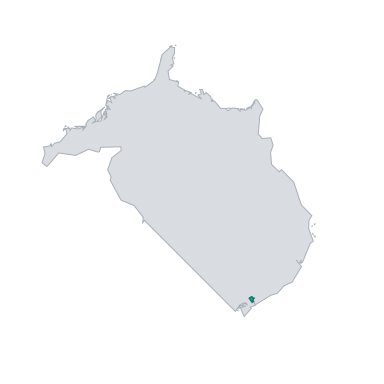 location of Cowlitz, Washington, United States of America, rotated 235°
{"feature_id": "52423323B43213790326288", "entity_name": "Cowlitz", "entity_type": "district", "adm_level": 2, "iso_a3": "USA", "parent_name": "United States of America", "parent_adm1": "Washington", "projection": "orthographic", "projection_center": [-122.727, 46.119], "detail": "fine", "context": "in_parent", "style": "filled", "palette": "teal", "viewbox_px": 384, "rotation_deg": 235, "n_neighbors": 0, "source": "geoboundaries", "source_scale": "gbopen_adm2", "svg_char_len": 4289}
<svg xmlns="http://www.w3.org/2000/svg" viewBox="0 0 384 384"><g transform="rotate(235 192 192)"><path d="M288.7,117.7L300.4,105.2L296.1,87.9L301.9,85.9L307.8,93.6L314.0,96.2L311.0,102.5L311.7,104.2L309.8,103.1L310.8,107.3L308.7,112.8L311.4,123.1L315.7,124.6L316.8,122.8L315.5,121.7L316.4,122.0L317.5,123.5L314.2,128.4L312.3,127.3L313.4,130.2L308.9,135.0L307.0,141.4L306.3,139.2L305.3,138.3L306.8,143.6L308.3,143.5L310.1,147.6L310.1,154.5L305.7,153.7L305.7,149.3L304.9,153.0L307.5,155.8L309.7,156.8L311.1,158.8L311.8,169.4L310.3,163.6L305.1,160.9L304.3,154.6L302.4,158.2L307.2,164.8L303.4,164.5L302.6,165.5L302.2,162.5L301.8,161.9L301.9,164.3L302.6,165.9L308.1,165.8L307.9,167.8L304.8,166.5L303.9,166.6L307.7,168.0L309.0,167.9L309.3,170.2L307.4,169.7L310.7,171.0L310.4,171.8L308.8,171.0L305.9,172.2L310.4,172.6L312.3,171.0L317.6,176.4L313.3,172.5L315.5,175.4L311.5,177.5L315.8,178.9L316.6,176.9L316.5,181.2L312.4,182.8L315.3,182.8L314.1,185.8L316.9,185.2L313.2,188.9L313.3,195.5L310.0,199.6L306.1,213.9L304.7,213.5L305.0,223.9L305.5,226.1L309.2,231.7L321.8,246.7L323.1,257.9L320.2,260.5L315.5,257.1L313.5,253.0L307.4,250.6L308.1,247.4L306.0,248.8L304.6,241.6L297.1,238.0L289.6,244.2L286.9,241.0L278.7,245.0L279.2,242.9L278.3,245.2L274.8,247.8L273.8,244.8L273.8,247.2L262.5,253.3L267.9,252.5L267.0,256.1L271.6,257.1L270.1,259.4L264.9,257.8L265.4,260.7L259.3,262.1L255.0,259.9L253.5,262.6L244.1,263.4L240.0,269.3L241.0,267.8L238.0,267.8L237.8,273.2L233.1,278.4L234.1,277.0L230.4,277.8L232.1,279.0L228.3,282.6L227.8,288.6L225.7,288.4L227.7,289.3L229.0,294.2L231.4,296.6L230.3,298.1L219.2,297.7L215.4,291.1L201.4,279.5L195.6,280.2L191.2,287.6L183.7,285.3L179.4,279.1L169.0,273.0L158.5,275.0L158.9,278.1L141.8,281.0L118.5,274.1L104.0,276.6L101.6,271.4L95.1,266.6L82.2,263.1L82.0,259.2L71.0,242.1L71.3,240.2L73.5,242.5L72.1,238.7L76.6,238.3L68.1,238.9L60.8,222.4L62.4,213.7L60.0,203.8L62.2,197.5L63.3,179.1L67.2,179.7L62.9,178.7L64.1,173.7L62.7,173.8L60.1,163.4L69.4,165.2L67.7,170.7L70.6,166.8L70.4,171.4L68.2,172.5L69.8,172.7L71.5,170.8L72.0,166.2L69.4,159.0L196.2,136.7L195.3,134.1L199.2,137.5L214.0,136.8L226.1,129.2L248.4,131.7L250.6,134.3L258.6,135.7L266.1,146.1L266.6,157.8L269.9,159.6L280.9,143.0L278.1,139.2L278.9,137.6L286.3,131.9L288.7,117.7ZM311.4,135.5L313.3,133.2L307.2,142.2L311.6,133.8L311.4,135.5ZM70.2,163.4L71.4,166.3L71.4,166.8L69.6,164.6L70.2,163.4ZM231.1,295.8L228.8,291.9L228.3,289.4L229.1,291.9L231.1,295.8ZM311.6,102.3L312.4,103.6L312.0,103.6L311.6,102.3ZM255.4,261.2L256.0,262.1L254.8,261.7L255.4,261.2ZM87.3,267.3L88.7,266.7L88.8,266.8L87.3,267.3ZM85.7,267.0L85.1,267.7L84.6,267.1L85.7,267.0ZM316.2,126.9L316.1,128.2L315.8,128.2L316.2,126.9ZM228.6,286.8L228.3,289.0L229.3,284.5L228.6,286.8ZM317.9,241.7L320.4,244.6L317.6,241.4L317.9,241.7ZM95.0,270.5L95.7,271.6L94.9,270.6L95.0,270.5ZM323.8,258.2L323.2,260.0L324.0,256.5L323.8,258.2ZM319.0,178.4L318.8,180.6L317.9,176.6L319.0,178.4ZM68.9,161.1L68.9,161.9L68.4,161.5L68.9,161.1ZM232.3,279.8L230.5,281.4L232.3,279.5L232.3,279.8ZM318.3,125.5L318.8,126.4L318.1,126.7L318.3,125.5ZM95.1,273.6L95.7,275.0L94.9,273.8L95.1,273.6ZM230.2,282.3L229.5,283.1L230.0,282.1L230.2,282.3ZM311.6,160.6L311.6,163.2L311.3,159.8L311.6,160.6ZM239.6,270.4L238.5,271.7L240.0,269.7L239.6,270.4ZM305.6,224.7L305.9,226.4L305.4,225.4L305.6,224.7ZM317.4,185.2L317.2,185.8L317.6,183.9L317.4,185.2ZM292.4,242.2L291.4,243.8L290.8,243.9L292.4,242.2ZM274.2,247.8L274.0,248.2L273.1,248.5L274.2,247.8ZM312.1,254.1L312.6,255.0L311.8,254.0L312.1,254.1ZM271.2,251.8L271.3,252.9L270.7,251.1L271.2,251.8ZM321.7,262.7L321.0,263.2L321.9,262.3L321.7,262.7ZM310.2,148.4L310.3,149.6L310.1,147.9L310.2,148.4ZM318.3,181.4L318.0,182.0L317.9,182.1L318.3,181.4Z" fill="#d9dde1" stroke="#a8b0b8" stroke-width="1"/><path d="M67.2,178.0L67.2,178.6L67.2,179.0L67.2,179.5L67.5,179.4L67.8,179.5L68.1,179.7L68.2,179.8L68.3,179.8L68.5,180.0L68.8,180.2L68.9,180.3L68.9,180.6L69.0,180.7L69.1,180.9L69.2,181.1L69.3,181.3L69.3,181.6L69.4,181.9L69.6,181.7L69.6,181.4L69.9,181.3L69.9,181.2L70.0,181.2L70.0,181.3L70.1,181.2L70.3,181.2L70.5,181.1L70.7,180.9L70.8,180.9L71.0,180.9L71.1,181.0L71.3,181.0L71.5,181.1L71.8,180.8L71.7,180.7L72.0,180.3L72.1,179.3L72.1,179.2L72.1,178.0L71.5,178.0L68.6,178.0L67.7,178.0L67.2,178.0Z" fill="#14b8a6" stroke="#0f766e" stroke-width="1.5"/></g></svg>